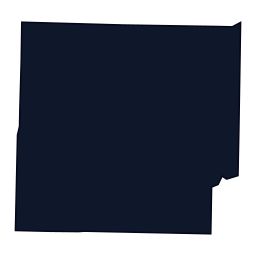 Cleburne, Arkansas, United States of America (Albers equal-area conic projection)
{"feature_id": "52423323B35410834026832", "entity_name": "Cleburne", "entity_type": "district", "adm_level": 2, "iso_a3": "USA", "parent_name": "United States of America", "parent_adm1": "Arkansas", "projection": "albers", "projection_center": [-92.012, 35.535], "detail": "fine", "context": "isolated", "style": "filled", "palette": "ink", "viewbox_px": 256, "rotation_deg": 0, "n_neighbors": 0, "source": "geoboundaries", "source_scale": "gbopen_adm2", "svg_char_len": 368}
<svg xmlns="http://www.w3.org/2000/svg" viewBox="0 0 256 256"><path d="M84.3,231.2L210.8,233.8L211.6,187.1L218.1,184.4L222.1,176.1L226.6,179.1L238.0,175.6L238.9,128.7L240.6,22.4L232.3,26.8L217.7,26.5L123.0,25.0L21.8,22.2L21.2,61.4L19.9,107.3L19.5,126.4L17.5,134.9L15.4,230.5L49.9,231.3L78.7,231.6L84.3,231.2Z" fill="#0f172a" stroke="#020617" stroke-width="1.5"/></svg>